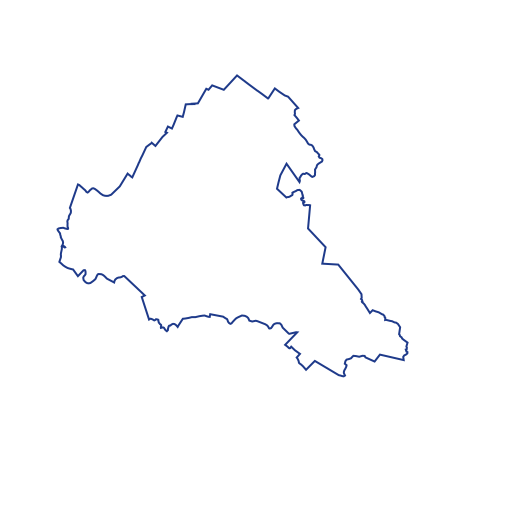 the district of Saltabarranca, Veracruz, Mexico, rotated 313°
{"feature_id": "50627088B82399899546067", "entity_name": "Saltabarranca", "entity_type": "district", "adm_level": 2, "iso_a3": "MEX", "parent_name": "Mexico", "parent_adm1": "Veracruz", "projection": "albers", "projection_center": [-95.526, 18.547], "detail": "fine", "context": "isolated", "style": "outline", "palette": "blue", "viewbox_px": 512, "rotation_deg": 313, "n_neighbors": 0, "source": "geoboundaries", "source_scale": "gbopen_adm2", "svg_char_len": 6087}
<svg xmlns="http://www.w3.org/2000/svg" viewBox="0 0 512 512"><g transform="rotate(313 256 256)"><path d="M375.1,119.0L355.6,119.1L350.9,107.6L345.2,107.9L344.4,105.6L328.0,109.4L324.3,105.9L324.3,106.5L321.5,103.6L319.0,101.2L311.8,105.4L307.8,107.5L305.2,102.7L303.4,103.3L297.7,105.5L295.9,106.2L291.9,107.6L290.6,103.3L284.9,105.1L285.4,106.8L279.3,106.4L267.9,107.4L267.7,102.5L267.3,102.6L264.9,102.1L260.9,101.4L252.0,104.3L248.8,105.2L244.7,106.7L243.7,106.9L243.3,107.1L241.7,107.7L229.1,111.9L228.9,110.7L228.9,109.3L228.7,106.8L228.7,105.9L214.0,108.9L202.5,108.3L201.5,108.1L200.9,107.7L199.3,106.9L198.2,105.9L197.0,104.4L196.1,102.6L195.6,99.6L195.6,97.2L195.5,95.3L195.2,92.6L194.7,91.0L193.7,90.1L190.8,89.7L189.2,89.8L187.6,89.6L187.2,88.4L187.6,86.3L187.5,83.9L187.5,82.3L187.4,79.8L187.4,78.4L186.9,77.0L164.2,87.1L163.9,88.3L162.8,89.9L161.3,91.1L159.4,91.6L158.2,91.8L157.3,92.2L155.4,93.7L153.9,93.8L152.8,94.3L151.3,96.0L150.1,97.0L148.9,98.2L148.4,99.3L147.9,99.9L147.6,100.0L147.1,99.6L145.8,97.3L145.2,95.8L144.3,95.0L143.2,94.0L141.4,92.8L140.2,92.6L139.9,92.9L139.5,94.1L138.9,97.3L138.1,98.2L137.2,99.9L136.6,100.4L135.6,103.0L135.4,103.8L135.2,104.4L134.4,105.6L133.2,106.5L132.3,106.9L131.4,107.1L131.7,107.4L132.0,108.2L132.2,109.0L132.3,109.5L132.3,110.1L132.2,110.5L131.8,110.3L131.7,109.7L131.6,109.2L131.4,108.4L131.1,107.9L130.5,107.5L129.4,108.6L128.3,109.5L125.1,111.4L123.9,112.3L123.0,113.4L121.8,114.3L120.6,114.8L117.6,116.2L117.7,118.7L117.7,121.4L118.1,123.9L118.7,126.3L119.5,128.0L120.9,130.6L121.4,131.4L119.8,139.5L127.9,139.6L128.5,140.0L129.0,140.6L128.7,141.4L128.2,142.1L127.4,142.9L126.5,143.7L125.0,144.0L123.8,143.9L122.4,144.4L121.6,145.3L120.8,146.5L120.6,149.2L121.0,151.0L121.9,152.3L123.3,153.3L126.7,154.0L129.5,154.3L130.6,154.0L132.8,153.2L134.0,152.9L134.7,152.8L135.5,153.2L136.5,154.4L137.3,155.5L137.7,156.8L137.9,158.3L137.9,159.9L137.8,161.7L137.8,162.6L138.1,163.6L139.9,170.3L141.1,169.6L142.8,169.1L145.0,169.4L146.4,170.1L147.9,171.4L149.3,172.1L150.6,172.4L151.5,173.4L151.3,201.6L148.1,200.4L136.6,221.1L138.0,221.4L138.7,222.5L139.2,224.0L139.5,225.5L140.3,225.9L141.6,226.0L142.6,227.6L142.6,228.3L142.0,228.8L141.6,229.5L141.0,230.3L140.9,231.5L140.7,232.2L140.9,233.2L140.8,233.7L140.5,234.0L140.1,234.5L139.4,234.7L138.9,235.1L138.6,235.5L140.0,236.4L140.5,236.9L140.7,237.7L140.3,239.2L140.1,240.0L140.1,241.2L140.2,242.1L141.8,242.1L142.5,241.4L143.2,241.0L143.9,240.7L144.7,240.2L145.7,240.0L146.4,240.4L146.7,240.8L147.9,240.9L148.7,241.1L149.8,241.6L150.6,242.7L150.9,244.0L150.9,245.1L150.7,247.1L152.2,246.7L160.2,245.3L161.9,246.8L164.8,249.0L167.6,250.8L170.0,253.4L173.3,255.6L176.1,257.8L177.4,259.0L178.5,261.5L179.2,262.8L179.9,263.7L182.2,262.2L188.7,272.5L189.2,273.3L189.7,276.4L190.1,277.6L189.8,278.7L188.9,280.3L188.7,281.4L188.6,281.9L188.8,282.9L188.9,283.5L189.3,283.7L189.9,284.0L190.8,284.0L191.8,283.9L195.2,283.9L196.9,284.0L197.9,284.3L199.3,284.8L202.9,286.3L204.6,288.6L205.3,290.7L205.3,292.7L204.2,295.2L205.5,297.9L208.5,300.0L209.3,301.5L212.4,309.3L212.8,311.2L212.7,312.8L212.0,314.9L212.3,315.5L213.5,316.2L214.8,316.1L217.5,315.6L218.5,315.7L219.8,316.2L221.1,317.1L223.0,319.3L223.0,321.4L221.8,324.4L221.6,332.9L221.9,333.5L227.6,337.3L228.3,338.2L210.9,337.9L211.1,339.8L211.2,341.4L211.1,342.6L211.3,343.4L211.9,343.8L213.7,343.6L213.6,348.7L214.4,354.9L209.5,355.0L209.3,356.2L208.8,357.6L208.2,358.9L207.5,359.8L207.1,360.6L207.2,361.7L207.4,363.1L207.4,365.6L206.9,370.2L219.4,370.6L225.3,397.8L226.3,399.5L226.6,400.2L227.1,401.2L227.8,402.2L229.3,402.6L230.2,400.3L231.0,399.4L232.6,398.6L234.5,398.2L236.6,397.5L237.9,396.7L237.8,394.4L240.1,393.1L242.0,392.9L244.1,394.3L246.1,395.3L247.3,395.2L249.4,395.3L251.0,397.4L252.7,400.2L255.6,401.9L257.0,403.6L256.5,405.2L259.7,414.7L268.4,413.9L280.6,435.0L282.6,432.5L284.3,432.2L286.5,433.0L288.0,433.1L289.0,432.3L288.7,431.2L289.7,429.4L290.4,429.9L291.9,428.8L292.4,427.7L296.0,425.9L295.4,421.0L295.3,419.1L295.8,418.1L295.6,416.0L296.3,414.9L296.4,414.0L302.2,410.0L303.1,406.1L302.8,403.9L301.9,402.6L301.1,400.0L300.0,398.3L297.9,394.5L297.3,394.1L298.9,392.8L299.0,391.8L299.6,391.2L299.8,390.2L299.8,388.7L299.4,388.1L298.5,384.1L297.1,381.3L295.9,378.3L292.0,378.2L293.4,373.0L294.0,370.4L294.4,369.3L294.7,367.3L294.6,365.2L295.2,365.0L295.1,364.5L295.6,364.4L296.2,363.5L296.2,362.1L297.4,361.9L300.0,359.2L301.2,353.7L305.8,322.0L295.6,309.7L309.9,300.9L311.6,275.3L330.0,261.0L329.5,260.1L329.0,259.6L327.5,257.9L326.5,257.5L325.8,256.4L326.1,255.6L326.9,254.2L327.3,254.0L327.8,254.6L328.4,254.7L328.9,254.2L328.9,253.5L328.6,252.8L328.1,251.7L328.1,250.6L328.8,249.8L329.7,250.0L330.1,250.8L330.6,251.1L330.9,250.9L331.2,250.3L331.7,249.1L332.3,248.9L332.8,247.7L333.5,246.7L334.2,245.5L334.2,243.9L334.1,242.8L332.4,241.3L330.8,240.9L328.9,240.1L327.4,239.5L327.0,239.5L326.4,240.4L325.3,241.0L324.1,240.6L322.6,240.2L321.5,239.7L320.1,238.5L319.5,238.3L319.5,225.5L325.1,222.3L331.6,218.8L344.3,215.4L339.7,237.4L340.4,237.1L341.2,236.5L341.7,235.6L343.2,234.5L344.4,234.5L345.5,234.1L346.9,234.1L347.2,234.1L348.2,234.3L348.5,234.6L349.0,235.5L349.6,235.9L350.5,236.1L351.0,236.2L351.3,236.7L351.7,238.4L351.9,239.7L351.9,240.9L352.0,242.2L352.2,243.2L353.4,243.8L354.1,244.1L355.5,243.9L356.4,243.0L357.6,242.1L358.7,241.0L359.5,240.2L362.2,239.7L363.4,239.0L364.6,238.6L366.3,238.8L370.1,239.8L371.4,239.3L372.1,238.4L372.0,237.3L371.7,236.3L371.2,235.5L371.6,234.0L373.1,233.5L373.3,232.4L373.3,231.5L373.5,229.4L373.2,228.6L373.0,227.7L373.8,225.6L374.6,224.1L375.0,222.6L375.1,221.5L374.7,220.2L374.1,219.5L373.7,218.3L373.8,217.1L374.3,215.6L375.0,213.0L375.2,210.4L375.1,208.9L375.2,206.7L375.5,204.5L375.8,202.9L376.5,200.0L376.6,198.3L377.2,195.7L378.0,194.6L378.5,194.2L384.3,195.0L384.8,192.1L385.3,188.0L386.5,187.6L387.7,186.2L389.2,185.0L390.6,185.0L392.1,185.5L393.0,185.9L394.4,170.8L393.0,167.5L392.9,166.8L392.0,161.1L391.4,155.5L379.6,157.5L379.4,157.4L378.6,150.0L377.9,144.5L377.8,144.3L376.6,133.6L375.1,119.0Z" fill="none" stroke="#1e3a8a" stroke-width="2"/></g></svg>